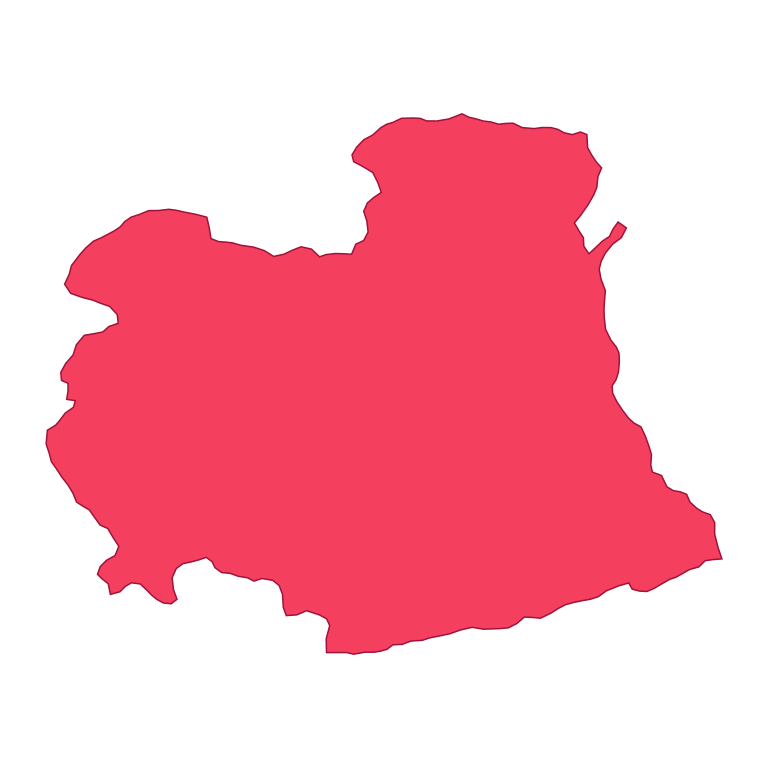 São Gonçalo do Sapucaí, Minas Gerais, Brazil
{"feature_id": "56859067B18713004927046", "entity_name": "São Gonçalo do Sapucaí", "entity_type": "district", "adm_level": 2, "iso_a3": "BRA", "parent_name": "Brazil", "parent_adm1": "Minas Gerais", "projection": "mercator", "projection_center": [-45.596, -21.903], "detail": "fine", "context": "isolated", "style": "filled", "palette": "rose", "viewbox_px": 768, "rotation_deg": 0, "n_neighbors": 0, "source": "geoboundaries", "source_scale": "gbopen_adm2", "svg_char_len": 3406}
<svg xmlns="http://www.w3.org/2000/svg" viewBox="0 0 768 768"><path d="M601.6,167.9L596.1,161.7L591.6,154.9L587.6,147.5L586.9,134.6L580.6,132.0L572.3,134.6L563.8,132.7L558.0,129.4L551.1,127.6L542.1,127.5L534.2,128.6L522.2,127.6L513.2,123.2L506.1,123.4L498.5,124.2L491.2,122.0L483.3,121.0L476.5,119.0L468.6,117.1L462.0,113.8L455.2,116.5L448.6,119.0L436.6,121.0L426.5,120.9L420.4,118.4L413.5,118.0L401.5,118.3L392.9,122.4L386.7,124.2L380.9,127.6L372.7,135.0L363.7,139.8L356.7,147.1L352.0,154.9L353.7,161.7L359.3,164.6L366.4,168.6L372.9,172.7L377.8,182.5L381.3,192.4L373.6,197.6L367.5,202.8L363.7,211.3L366.8,220.8L368.1,232.0L363.7,240.5L355.8,244.2L351.6,254.2L344.4,253.8L335.6,253.5L325.9,254.6L319.6,256.8L311.5,249.1L301.1,246.8L291.9,250.4L284.0,254.2L273.7,256.4L264.3,250.6L253.6,247.1L240.6,245.2L232.3,242.8L225.9,242.1L218.6,241.6L211.0,238.6L209.2,227.6L206.8,217.2L195.3,214.2L183.8,212.0L175.9,210.2L168.7,209.3L158.7,210.5L148.8,210.6L139.2,214.5L131.0,217.2L124.7,221.6L120.3,226.8L114.4,230.8L107.8,234.3L100.7,238.0L93.4,241.2L85.9,247.8L80.4,253.9L76.2,259.4L71.4,265.7L69.4,273.8L64.6,284.2L70.7,293.4L82.8,297.6L93.1,300.2L100.1,303.1L109.6,306.4L117.2,314.5L118.2,323.2L108.9,326.5L102.7,332.0L94.4,333.6L84.3,335.3L76.4,344.7L73.1,354.9L65.6,363.6L60.8,372.4L61.5,380.5L68.0,383.2L68.0,390.9L66.7,399.4L75.3,400.6L73.5,407.2L65.2,413.1L60.1,419.9L55.7,425.1L47.4,430.2L46.1,443.9L49.2,453.3L51.4,461.7L56.9,469.5L61.9,477.2L68.0,485.0L72.9,493.1L76.6,502.1L82.8,506.1L89.3,509.9L94.8,517.7L100.1,525.1L107.8,528.5L112.7,536.9L118.8,546.3L115.1,555.5L106.5,560.3L100.3,566.5L97.5,574.3L102.1,578.9L108.2,583.7L110.4,594.4L119.9,591.8L125.5,586.3L131.5,582.8L140.3,584.0L147.1,590.4L151.6,595.1L156.7,599.3L163.2,602.9L171.1,603.8L177.0,599.3L173.5,589.6L172.1,577.8L176.3,568.5L182.9,563.6L191.2,561.9L198.7,559.9L206.3,557.4L212.1,561.7L215.1,567.8L221.7,572.6L229.9,573.3L238.4,576.3L247.6,577.8L254.0,581.1L261.9,578.5L272.9,580.4L279.2,585.6L282.5,594.4L283.3,607.4L286.3,615.6L296.7,614.9L306.6,610.7L319.4,614.9L326.6,618.8L329.7,625.6L326.2,638.9L326.5,652.6L336.9,652.6L346.8,652.6L353.8,654.2L364.8,652.2L374.0,652.2L380.4,651.2L387.0,649.3L392.9,644.8L402.2,644.4L410.7,641.1L422.4,640.3L429.6,637.9L439.9,635.9L450.0,633.7L460.7,629.9L472.3,627.3L483.3,629.2L491.6,628.9L500.2,628.6L508.5,627.8L517.0,623.4L524.3,617.1L531.8,617.4L540.4,618.2L550.7,613.3L558.4,608.4L565.2,604.8L573.4,602.5L581.7,600.8L590.6,599.2L598.5,596.6L606.4,590.8L619.4,585.6L628.8,583.0L632.2,589.2L639.7,591.1L646.9,591.5L653.9,588.5L661.5,584.0L669.4,579.5L676.2,577.1L682.4,573.6L689.6,569.5L698.9,566.9L705.2,560.7L712.9,559.6L721.9,558.9L718.2,548.0L714.7,534.3L714.7,522.6L710.3,514.7L702.4,511.8L696.9,508.4L690.0,502.1L686.6,494.3L680.0,491.7L673.4,490.7L667.0,486.9L661.5,475.5L652.4,472.1L650.8,465.1L651.5,454.6L648.8,445.8L645.3,436.1L640.9,426.8L634.2,423.2L628.7,418.3L622.7,410.5L616.8,401.6L612.6,393.1L612.2,385.7L616.0,379.8L618.5,372.0L619.4,361.6L619.0,353.2L616.4,347.1L611.1,340.5L605.6,329.4L604.3,318.0L604.0,309.3L604.4,302.0L605.4,290.8L601.0,279.0L599.2,269.3L601.0,261.7L605.4,253.0L612.6,244.2L621.4,237.6L626.4,227.9L618.1,222.0L613.0,229.1L609.5,236.4L602.3,241.2L596.5,246.8L588.9,253.8L583.8,246.1L583.4,237.6L579.5,231.7L574.4,223.0L581.0,214.9L588.2,204.5L593.7,195.0L596.8,187.5L597.9,176.8L601.6,167.9Z" fill="#f43f5e" stroke="#9f1239" stroke-width="1.5"/></svg>